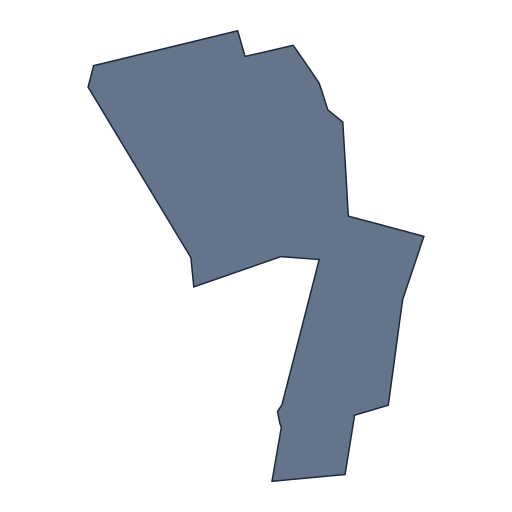 outline of São Pedro do Piauí, Piauí, Brazil
{"feature_id": "56859067B6189089480157", "entity_name": "São Pedro do Piauí", "entity_type": "district", "adm_level": 2, "iso_a3": "BRA", "parent_name": "Brazil", "parent_adm1": "Piauí", "projection": "robinson", "projection_center": [-42.771, -5.847], "detail": "fine", "context": "isolated", "style": "filled", "palette": "slate", "viewbox_px": 512, "rotation_deg": 0, "n_neighbors": 0, "source": "geoboundaries", "source_scale": "gbopen_adm2", "svg_char_len": 597}
<svg xmlns="http://www.w3.org/2000/svg" viewBox="0 0 512 512"><path d="M318.8,82.6L307.9,66.5L293.2,45.3L262.4,52.5L245.0,56.4L237.7,30.7L193.0,41.6L185.7,43.4L140.1,54.4L93.6,65.6L88.1,87.1L145.1,181.7L190.9,257.6L193.8,286.9L234.1,272.9L280.8,256.6L319.2,259.5L281.9,404.9L279.8,408.0L277.5,411.6L279.8,423.2L281.3,427.3L272.0,481.3L330.5,475.8L345.0,474.6L346.8,463.8L354.6,415.2L388.3,405.2L397.6,336.7L399.5,322.3L402.7,299.5L423.9,236.4L365.3,220.6L359.6,219.2L348.3,216.1L346.3,180.9L342.8,122.1L327.8,109.8L321.4,89.6L318.8,82.6Z" fill="#64748b" stroke="#1e293b" stroke-width="1.5"/></svg>